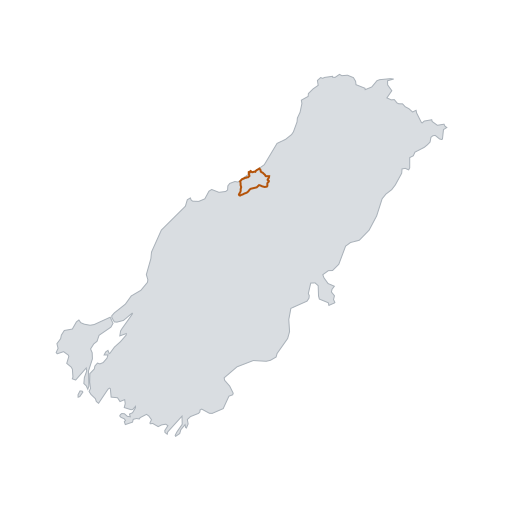 Turkey, with Ordu highlighted, rotated 313°
{"feature_id": "TUR-2293", "entity_name": "Ordu", "entity_type": "Province", "adm_level": 1, "iso_a3": "TUR", "parent_name": "Turkey", "parent_adm1": "", "projection": "robinson", "projection_center": [37.565, 40.74], "detail": "fine", "context": "in_parent", "style": "outline", "palette": "amber", "viewbox_px": 512, "rotation_deg": 313, "n_neighbors": 0, "source": "natural_earth", "source_scale": "10m", "svg_char_len": 4858}
<svg xmlns="http://www.w3.org/2000/svg" viewBox="0 0 512 512"><g transform="rotate(313 256 256)"><path d="M400.9,182.9L408.3,185.3L410.6,183.5L417.2,183.8L423.2,185.1L426.3,181.2L430.6,181.6L431.4,183.6L433.4,184.4L439.6,189.4L439.0,190.1L440.5,192.0L445.8,193.2L446.4,195.8L450.6,199.6L452.9,205.6L451.7,209.7L449.5,212.3L453.0,221.3L452.1,222.4L458.6,225.4L466.7,224.9L469.3,226.2L477.3,233.3L479.3,236.0L473.9,232.7L470.9,235.6L469.5,242.6L460.9,243.9L462.4,248.4L464.7,250.5L464.1,254.8L464.7,256.6L467.2,259.4L466.9,263.3L468.0,267.3L468.1,272.3L471.7,273.7L470.1,276.0L466.4,286.0L466.7,286.8L469.4,287.0L475.5,291.6L474.5,293.1L475.3,299.5L480.6,303.6L479.8,305.7L480.1,307.9L476.3,306.9L468.7,312.6L467.9,312.4L466.8,310.5L466.4,304.8L464.5,303.3L462.1,303.0L458.0,305.6L454.2,305.5L450.4,305.0L440.3,301.4L436.6,302.7L432.8,301.3L425.3,308.3L423.1,308.9L421.9,305.4L419.3,303.4L415.9,306.1L403.1,309.4L397.1,310.0L389.9,308.8L383.9,309.2L367.6,316.9L352.0,321.1L338.0,320.8L330.3,315.9L324.3,314.8L306.4,322.2L297.6,321.9L294.6,318.9L287.9,317.6L286.4,320.5L285.0,327.5L287.3,333.9L283.5,334.3L281.1,335.7L280.4,340.5L277.0,342.4L275.8,345.4L275.2,345.4L269.6,343.0L271.1,340.7L267.7,331.7L269.4,329.0L276.7,321.7L276.6,317.5L273.5,314.5L264.2,319.9L263.4,321.9L261.3,323.5L257.8,324.1L241.5,317.2L231.9,323.3L223.6,332.1L217.3,335.4L199.1,337.9L195.8,339.6L189.6,337.7L186.0,335.3L177.7,325.3L162.0,317.7L145.2,315.8L143.7,317.8L142.9,325.5L140.1,332.9L138.6,333.6L135.0,331.8L122.0,336.1L111.0,331.3L109.2,329.2L107.0,320.7L105.3,320.1L103.6,321.3L101.7,321.3L93.9,317.6L89.6,317.3L86.9,320.9L82.7,322.4L82.6,321.4L84.3,319.1L77.7,319.5L74.1,321.3L69.3,320.2L69.7,319.2L73.6,318.1L82.6,316.8L88.4,311.1L67.2,311.4L65.1,312.6L64.9,309.7L66.2,308.3L71.8,307.3L71.5,304.8L68.2,302.2L64.5,300.8L63.1,294.7L61.2,293.1L61.5,292.3L65.0,291.2L65.9,286.7L65.5,283.9L58.8,281.5L57.2,281.8L55.6,279.4L52.8,277.6L50.3,279.0L43.6,275.4L45.0,272.7L46.7,272.8L47.1,270.7L45.9,267.2L46.1,265.4L47.6,265.0L49.3,265.3L50.9,267.4L51.0,271.3L52.7,273.7L54.1,271.3L57.2,272.6L62.8,271.4L63.9,270.4L59.8,270.5L58.4,269.5L55.3,263.0L58.8,261.1L61.4,257.9L56.8,255.8L57.9,251.4L54.0,246.3L59.7,239.9L59.4,238.9L57.7,238.6L40.9,241.3L40.7,238.4L42.1,235.9L42.2,229.7L43.1,226.3L46.3,225.3L50.3,220.4L56.7,214.7L63.1,214.8L65.7,213.2L69.6,213.1L70.6,215.4L73.8,216.9L79.7,216.7L82.6,215.2L80.0,212.4L83.4,211.5L86.0,212.1L84.5,215.2L85.3,215.5L92.9,214.6L100.9,215.3L109.7,215.0L110.8,214.0L104.7,210.9L108.8,208.1L111.1,207.6L129.6,205.1L129.7,204.4L118.5,203.0L112.8,199.4L111.2,197.4L112.6,192.6L113.9,191.3L117.9,191.2L131.7,193.3L141.7,192.0L152.4,195.2L162.7,194.6L164.9,193.1L167.6,188.5L182.4,180.9L187.6,176.9L210.4,169.1L244.3,170.4L250.3,167.4L253.7,168.4L252.7,170.4L252.9,172.3L256.9,176.9L262.9,179.6L271.3,177.4L274.4,178.2L277.3,185.5L282.5,189.8L284.9,190.2L288.1,187.6L291.2,187.3L296.1,189.8L297.8,192.4L314.1,195.4L317.5,197.6L328.4,199.8L352.7,194.6L361.6,198.1L369.1,199.2L372.3,198.7L382.0,194.6L385.1,192.2L391.2,190.2L398.8,185.6L400.9,182.9ZM88.4,170.1L87.7,173.3L89.0,176.9L92.2,181.9L95.5,184.4L111.8,191.1L109.2,197.4L105.0,198.4L91.0,195.3L85.2,197.9L81.1,197.3L75.2,198.4L73.5,202.2L69.2,206.5L57.7,211.9L46.8,222.5L43.8,223.9L45.3,220.3L45.3,217.1L50.0,213.4L56.5,210.6L58.3,208.2L42.3,208.7L40.9,205.4L42.6,204.7L48.0,198.9L48.7,196.6L48.4,190.8L54.9,187.6L55.5,186.2L54.8,180.5L48.9,177.3L49.1,175.7L53.5,174.2L56.1,170.2L62.3,169.5L65.4,167.6L70.8,166.6L77.3,171.5L85.3,169.6L88.4,170.1ZM38.4,222.2L33.0,223.0L31.4,222.2L33.1,220.5L37.3,219.3L38.6,221.0L38.4,222.2Z" fill="#d9dde1" stroke="#a8b0b8" stroke-width="1"/><path d="M299.8,193.5L302.4,193.4L303.3,193.6L303.8,194.1L304.0,194.2L304.5,194.4L305.1,194.4L305.5,194.5L306.0,195.1L306.4,195.4L307.4,195.7L307.5,195.9L308.0,196.4L308.5,196.6L309.4,196.5L309.8,196.6L309.9,196.4L310.3,196.3L310.4,196.2L310.6,196.0L310.9,195.2L311.2,194.7L311.5,194.3L311.9,193.9L312.3,193.6L312.5,194.1L312.9,194.4L313.4,194.4L313.8,194.0L314.5,194.1L314.6,195.9L315.0,196.4L316.2,197.0L316.5,197.2L316.7,197.5L317.1,198.1L318.0,197.8L319.1,197.9L321.9,198.8L322.2,198.8L322.2,199.9L321.9,200.8L321.4,201.3L321.0,202.0L321.0,202.9L321.4,203.7L321.5,204.7L321.4,205.6L321.5,206.6L321.4,207.5L321.1,208.1L321.1,208.8L323.3,211.2L322.6,211.7L321.8,212.1L320.7,212.2L319.8,212.4L319.5,212.7L319.5,213.5L319.7,213.9L319.6,214.3L319.1,214.6L317.2,214.6L316.4,215.1L315.6,216.0L315.0,216.5L314.1,216.6L312.4,215.3L311.1,212.9L310.6,211.2L309.9,209.9L306.7,209.7L301.4,206.2L299.8,206.1L298.2,206.3L296.6,206.2L295.0,205.6L293.8,204.9L291.9,204.3L290.6,203.5L289.6,203.3L289.3,203.1L289.0,202.3L289.4,201.5L289.9,201.4L290.4,201.2L291.4,201.1L292.3,200.8L293.2,200.4L293.5,200.1L294.4,199.2L296.3,198.2L297.3,196.4L298.6,195.2L299.8,193.6L299.8,193.5Z" fill="none" stroke="#b45309" stroke-width="2"/></g></svg>